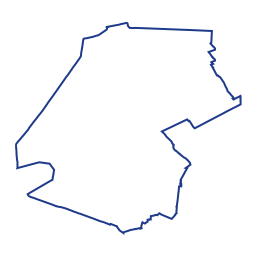 Opmeer, Noord-Holland, Netherlands (Equal Earth projection)
{"feature_id": "6326949B74577576920447", "entity_name": "Opmeer", "entity_type": "district", "adm_level": 2, "iso_a3": "NLD", "parent_name": "Netherlands", "parent_adm1": "Noord-Holland", "projection": "equal_earth", "projection_center": [4.959, 52.714], "detail": "fine", "context": "isolated", "style": "outline", "palette": "blue", "viewbox_px": 256, "rotation_deg": 0, "n_neighbors": 0, "source": "geoboundaries", "source_scale": "gbopen_adm2", "svg_char_len": 5399}
<svg xmlns="http://www.w3.org/2000/svg" viewBox="0 0 256 256"><path d="M211.9,31.0L192.0,30.1L135.5,27.9L134.9,27.9L133.8,28.1L129.7,27.9L128.0,26.0L127.5,23.4L126.7,22.9L120.9,24.1L119.7,24.5L117.9,24.9L114.5,25.5L110.8,26.2L109.9,26.4L109.5,26.4L109.0,26.5L108.9,26.5L108.5,26.8L108.5,27.0L108.2,27.1L107.7,26.8L106.7,27.0L107.0,29.0L106.6,29.6L104.8,30.9L98.6,35.1L97.2,35.5L95.4,36.0L93.0,36.8L86.3,38.3L85.5,38.4L84.1,38.6L83.7,38.7L83.5,38.9L83.2,40.2L83.1,41.1L82.9,42.4L82.3,46.5L82.0,48.3L81.5,51.3L81.2,53.0L80.9,56.0L80.5,56.9L80.4,57.1L78.4,60.0L77.0,62.0L75.5,64.1L75.2,64.5L74.5,65.4L74.1,66.0L73.6,66.6L72.5,68.1L72.3,68.4L71.5,69.8L71.0,70.3L70.0,71.9L69.6,72.4L68.8,73.5L68.5,74.1L67.9,74.9L66.2,77.0L62.4,82.5L61.1,84.3L58.3,88.3L52.6,96.4L47.9,102.8L47.4,103.7L42.3,111.0L41.3,112.3L38.4,115.9L36.1,118.9L33.8,121.7L32.4,123.6L30.4,126.2L29.0,128.1L28.4,129.3L27.5,130.4L23.7,135.0L17.7,142.0L16.2,144.1L15.9,144.6L15.8,144.9L15.4,144.9L15.5,144.9L15.7,145.0L15.9,145.3L16.1,147.0L16.1,147.3L16.2,148.5L16.3,149.3L16.5,152.4L16.5,153.9L16.8,157.2L16.9,158.6L17.2,160.6L17.4,161.6L17.5,162.2L17.5,163.0L17.4,164.1L17.5,165.1L17.5,167.5L17.5,167.8L17.4,168.1L39.1,162.3L39.6,162.3L43.2,162.8L44.7,163.0L47.3,163.4L49.2,163.6L49.6,163.7L49.7,163.8L50.0,164.2L51.8,166.7L53.9,169.5L54.0,169.7L54.0,169.8L54.1,170.0L53.1,176.0L52.9,176.6L52.7,178.0L52.6,178.9L52.4,179.9L52.1,179.9L30.4,192.5L29.3,193.2L28.4,193.8L28.0,194.0L27.7,194.1L27.7,194.4L27.8,194.6L28.6,195.8L29.0,196.2L31.1,197.1L33.9,198.0L38.2,199.6L48.6,203.3L53.0,204.9L55.1,205.8L55.3,205.9L55.6,206.0L55.6,205.9L55.8,205.9L57.1,206.4L57.8,206.6L60.0,207.0L61.3,207.2L65.9,208.5L70.8,210.4L72.2,210.9L74.1,211.7L76.0,212.3L78.4,213.3L80.3,213.8L83.2,214.9L94.0,218.8L99.4,220.9L101.2,221.5L102.1,221.7L102.9,221.9L108.1,223.9L110.0,224.7L110.6,223.9L116.8,226.3L116.7,226.5L119.6,230.4L123.5,233.1L123.6,232.4L123.8,232.2L124.1,232.1L125.2,231.7L127.9,231.0L128.3,230.7L128.7,230.6L130.9,229.9L132.0,229.7L132.9,229.6L133.6,229.4L134.6,229.1L135.0,229.0L135.3,229.1L135.5,229.1L136.5,228.9L137.0,228.7L138.3,228.5L139.1,228.2L139.3,228.2L139.5,228.5L140.1,228.7L141.3,228.4L141.6,228.2L141.2,227.6L141.3,227.5L141.2,227.2L141.3,226.4L141.5,225.7L141.6,225.0L141.7,224.7L142.0,223.7L142.1,223.3L142.3,222.5L142.3,222.4L142.5,222.3L142.7,222.6L142.9,222.7L144.8,223.5L145.0,223.5L145.2,223.4L145.6,223.0L146.1,222.5L146.6,222.3L147.3,222.0L147.5,221.8L147.6,221.7L147.6,219.8L149.2,219.8L149.3,219.7L149.3,219.4L150.7,219.5L150.8,217.4L150.9,216.1L151.4,216.1L151.9,216.0L153.1,215.7L153.7,215.6L154.3,215.5L154.6,215.2L155.9,215.0L156.0,214.9L156.3,214.9L157.3,215.2L158.0,214.5L159.3,213.3L160.4,213.9L161.4,214.6L171.7,218.9L175.3,214.9L175.2,214.5L175.4,214.2L176.2,213.4L176.6,213.2L176.4,212.8L176.4,212.2L176.8,207.2L176.4,206.8L176.4,206.6L176.5,206.5L176.8,206.2L177.2,203.0L177.6,200.3L177.9,197.4L178.2,194.8L178.3,193.5L178.5,192.4L178.6,191.7L178.7,191.0L178.7,190.1L178.9,188.7L179.1,186.3L179.5,186.3L180.0,186.3L181.2,186.4L181.3,185.2L181.3,184.9L181.3,184.5L180.9,184.6L180.9,183.8L180.2,183.8L180.4,182.4L180.5,182.3L180.9,182.2L181.0,180.9L181.0,180.6L180.9,180.5L180.6,180.5L180.5,180.4L181.3,178.7L183.0,175.7L185.0,172.0L187.1,168.3L185.8,168.0L190.4,164.7L190.3,164.0L190.1,163.5L190.0,163.1L189.6,162.3L188.8,161.5L187.9,160.4L187.6,160.2L187.1,159.6L186.5,159.2L186.0,158.6L185.7,158.4L184.9,157.9L184.5,157.7L184.1,157.5L183.9,157.4L182.8,156.5L182.3,156.2L181.6,155.5L181.3,155.4L181.2,155.3L180.3,154.7L180.2,154.4L180.2,154.2L179.8,153.9L179.7,153.8L179.5,153.6L179.2,153.6L178.9,153.3L178.7,153.3L178.5,153.1L177.7,152.4L177.6,152.1L177.3,151.8L175.8,150.7L175.6,150.7L175.1,150.4L174.9,150.0L174.7,149.8L173.9,149.0L173.7,148.7L173.5,147.9L173.5,147.6L173.5,147.3L173.3,147.0L173.2,146.7L173.3,146.3L173.3,146.0L173.3,145.8L173.4,145.7L173.6,145.7L173.7,144.9L173.7,144.7L173.3,144.3L173.0,144.3L172.9,144.2L172.6,143.9L172.5,143.7L172.3,143.5L172.3,143.4L172.2,143.2L171.9,142.7L171.8,142.4L171.8,142.1L171.7,141.9L171.3,141.4L171.2,141.2L167.4,137.5L166.8,137.1L164.6,134.0L164.1,133.6L161.9,131.5L166.0,129.5L187.2,119.4L188.7,121.2L189.3,120.9L189.8,121.4L193.1,126.7L194.7,128.3L200.1,125.5L206.9,121.9L217.6,116.3L221.8,114.1L222.1,114.0L225.7,112.0L231.7,108.9L240.6,104.4L240.6,102.6L240.6,102.3L240.5,102.0L240.6,101.7L240.6,101.2L240.5,100.6L240.6,100.4L240.6,100.2L240.4,98.7L240.5,98.6L240.5,98.0L240.6,97.8L240.5,97.4L240.6,97.2L240.4,96.0L233.8,99.3L233.5,99.5L233.1,99.1L232.6,98.5L233.5,97.9L233.2,97.6L233.2,97.3L233.0,97.0L232.7,96.7L231.2,95.1L229.5,93.0L229.3,92.8L229.2,92.8L228.7,92.3L228.3,91.9L227.7,91.3L226.7,88.5L226.6,88.3L225.6,86.6L223.9,82.6L223.4,82.0L220.5,77.6L220.2,77.3L219.1,76.6L218.7,76.2L218.4,75.9L218.2,75.8L217.9,75.5L217.3,75.7L216.7,74.9L216.3,74.3L213.1,68.2L212.6,67.5L212.6,67.3L212.8,67.2L212.7,67.1L211.0,64.8L213.1,63.9L212.9,63.7L212.3,63.4L211.5,62.5L211.3,62.2L215.0,60.6L215.0,59.9L214.4,58.9L214.1,58.7L213.7,58.5L213.3,58.3L213.0,58.0L213.0,57.9L213.0,57.7L212.5,56.9L212.4,56.9L212.1,56.9L211.7,56.1L211.6,55.9L211.3,55.7L210.9,55.0L209.7,53.3L208.8,52.3L208.6,52.0L214.6,49.9L215.0,49.7L215.0,48.6L215.0,48.4L214.9,48.3L214.6,48.0L214.1,47.3L213.9,47.0L213.5,46.7L213.0,46.5L212.4,45.6L211.9,45.1L211.6,44.7L211.2,44.4L210.9,43.9L210.6,43.5L210.5,43.4L211.3,42.7L211.9,31.0Z" fill="none" stroke="#1e3a8a" stroke-width="2"/></svg>